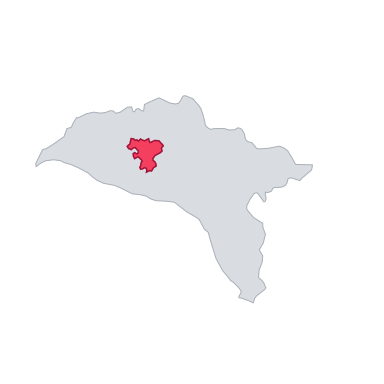 Sîngerei on a map of Moldova (Natural Earth projection), rotated 326°
{"feature_id": "MDA-1622", "entity_name": "Sîngerei", "entity_type": "District", "adm_level": 1, "iso_a3": "MDA", "parent_name": "Moldova", "parent_adm1": "", "projection": "natural_earth1", "projection_center": [28.121, 47.671], "detail": "fine", "context": "in_parent", "style": "filled", "palette": "rose", "viewbox_px": 384, "rotation_deg": 326, "n_neighbors": 0, "source": "natural_earth", "source_scale": "10m", "svg_char_len": 2792}
<svg xmlns="http://www.w3.org/2000/svg" viewBox="0 0 384 384"><g transform="rotate(326 192 192)"><path d="M77.0,83.8L78.4,81.0L91.9,73.3L95.4,74.5L102.4,74.8L116.7,74.6L123.8,69.5L128.1,70.9L131.7,68.6L137.6,65.8L138.5,66.4L139.2,66.8L148.4,68.1L155.2,70.9L159.8,75.1L164.5,77.7L169.4,78.7L172.1,80.9L172.7,84.1L177.3,85.7L185.9,85.6L189.5,87.7L188.2,92.0L189.1,93.4L192.2,92.0L194.5,93.2L195.7,96.4L197.1,97.9L201.5,92.9L206.1,93.4L217.3,95.5L223.4,105.8L227.1,109.5L230.4,111.0L234.5,109.4L238.2,107.5L240.3,108.4L244.9,115.2L246.0,124.1L246.0,127.7L244.4,133.8L242.1,140.3L240.3,144.5L241.1,147.9L242.7,150.7L245.4,151.6L254.1,157.3L257.4,161.3L262.2,164.3L265.8,164.4L267.6,166.1L268.3,168.1L267.9,173.2L265.9,178.0L266.2,181.1L269.3,184.7L269.7,188.9L269.9,191.7L271.7,193.8L279.7,198.4L290.1,202.9L292.8,206.8L294.4,211.7L294.0,219.9L293.3,227.1L307.0,236.8L305.5,238.6L303.4,240.6L290.4,242.1L287.8,242.9L282.1,235.6L279.1,234.7L276.3,237.3L273.1,238.8L269.1,238.1L264.9,235.8L262.8,234.3L261.1,234.1L258.4,235.7L254.9,235.0L252.6,233.2L249.4,239.4L247.3,240.7L246.1,240.5L245.8,230.0L244.8,228.4L242.2,228.1L235.9,230.6L229.9,233.9L227.8,236.7L228.1,241.9L228.9,248.1L233.1,257.4L230.8,261.5L229.3,268.0L222.8,274.0L215.5,277.5L214.9,284.6L210.9,289.5L203.9,294.3L199.3,300.2L200.5,304.2L200.7,308.0L200.0,310.6L199.8,312.6L198.0,313.5L187.3,314.2L184.3,315.4L180.8,318.2L177.5,312.9L174.2,308.3L171.7,305.8L172.8,304.6L175.4,303.3L177.4,301.8L177.1,296.2L175.7,289.9L174.4,286.8L174.3,282.0L173.4,274.5L174.7,260.6L180.0,243.1L182.9,234.5L181.5,229.7L182.6,218.6L180.3,213.2L176.7,206.0L171.6,190.5L165.2,185.0L157.3,179.1L153.9,174.6L151.7,169.7L147.0,164.8L141.6,160.3L135.2,149.0L131.9,143.9L130.9,142.6L123.6,135.4L119.7,128.9L117.8,123.5L116.7,118.6L111.6,108.8L107.0,101.5L102.5,96.2L100.5,92.5L95.3,87.9L88.0,84.2L83.2,83.5L77.0,83.8Z" fill="#d9dde1" stroke="#a8b0b8" stroke-width="1"/><path d="M163.7,118.0L165.4,117.6L167.2,117.6L171.4,113.6L172.4,114.5L173.4,115.5L173.6,116.6L174.0,117.5L174.7,117.6L175.5,117.9L176.0,119.8L177.2,119.7L178.9,119.2L180.1,121.4L181.3,123.1L183.7,123.2L185.9,123.6L185.0,125.9L184.9,127.6L189.8,128.4L191.7,129.8L193.4,131.4L193.5,133.8L194.1,136.2L193.9,137.8L192.3,138.0L191.4,138.5L190.7,139.5L190.4,140.5L190.1,141.3L187.8,141.7L181.6,141.1L178.1,142.5L177.4,144.2L178.1,145.9L177.9,148.4L176.8,150.5L173.7,150.3L171.2,151.6L170.0,151.9L168.8,150.6L165.3,150.1L166.7,148.7L167.3,146.7L166.1,145.3L164.3,145.3L162.2,144.5L162.4,142.5L164.6,141.1L165.4,140.0L166.2,139.2L167.9,138.7L168.0,137.1L167.0,132.6L163.1,132.3L163.4,129.7L164.6,127.3L166.4,127.2L167.6,129.6L168.8,129.6L169.9,128.7L170.5,127.7L170.2,126.7L169.8,123.5L167.8,122.6L165.4,123.0L163.8,120.7L163.7,118.0Z" fill="#f43f5e" stroke="#9f1239" stroke-width="1.5"/></g></svg>